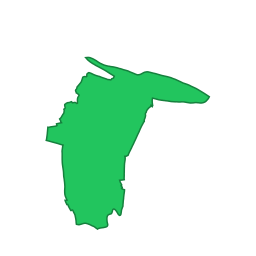 Tra On, Vĩnh Long, Vietnam, rotated 156°
{"feature_id": "81297802B90328181900706", "entity_name": "Tra On", "entity_type": "district", "adm_level": 2, "iso_a3": "VNM", "parent_name": "Vietnam", "parent_adm1": "Vĩnh Long", "projection": "natural_earth1", "projection_center": [106.002, 9.988], "detail": "fine", "context": "isolated", "style": "filled", "palette": "green", "viewbox_px": 256, "rotation_deg": 156, "n_neighbors": 0, "source": "geoboundaries", "source_scale": "gbopen_adm2", "svg_char_len": 5800}
<svg xmlns="http://www.w3.org/2000/svg" viewBox="0 0 256 256"><g transform="rotate(156 128 128)"><path d="M41.0,123.5L44.0,128.2L45.5,130.4L48.7,135.0L49.9,136.6L53.6,140.8L54.5,142.0L56.1,143.7L59.7,147.0L60.3,147.8L62.0,149.8L65.1,153.3L66.8,154.9L68.3,156.5L71.2,158.9L75.7,162.2L80.9,166.6L82.7,167.9L85.2,169.9L86.8,171.1L87.8,171.6L89.3,172.0L90.3,172.2L91.5,172.2L93.8,172.0L94.9,172.0L96.3,172.2L97.9,172.8L99.3,174.2L100.4,175.4L103.9,179.0L104.1,179.4L105.1,180.4L106.9,181.9L108.3,183.0L110.7,185.2L111.5,185.7L113.5,187.5L116.3,189.6L119.2,191.4L119.8,191.9L121.0,192.6L122.4,193.7L123.5,194.6L124.4,195.4L125.3,196.4L126.4,197.7L126.9,198.2L127.7,199.3L128.8,201.0L129.7,202.5L131.7,205.2L132.6,206.2L134.2,207.8L135.7,208.7L138.0,209.5L137.1,206.6L135.8,204.0L134.0,201.1L133.4,200.4L132.0,198.3L129.9,195.7L125.9,190.5L124.2,188.0L122.4,185.2L120.5,182.5L119.5,180.9L120.4,180.1L120.8,179.6L121.1,179.5L121.3,179.5L121.8,179.5L122.2,179.6L122.7,179.6L122.9,179.6L123.1,179.5L123.5,179.1L123.9,179.0L124.5,179.1L125.4,179.8L126.8,180.5L127.4,181.1L127.7,181.5L128.8,182.5L131.4,184.9L132.1,185.6L133.1,186.7L134.2,187.5L135.1,188.3L135.9,189.0L137.5,190.6L139.5,193.0L140.9,194.3L141.6,194.6L142.3,194.4L142.9,194.3L143.2,194.2L143.6,193.9L144.1,193.2L144.5,192.2L144.7,191.9L144.9,191.8L145.4,191.9L146.2,192.4L146.9,192.7L147.4,192.8L148.3,192.8L148.6,192.8L148.9,192.5L150.1,191.1L151.9,189.2L153.1,188.5L156.7,186.7L157.5,186.4L157.9,186.1L158.7,185.0L159.0,184.7L159.5,184.4L160.2,184.1L160.5,183.8L160.7,183.5L160.8,182.9L160.7,182.3L160.9,181.4L161.0,181.2L160.8,180.9L160.4,180.4L159.9,179.4L159.6,178.8L159.4,178.4L159.4,178.0L159.4,177.8L159.6,177.6L160.5,177.0L161.6,176.1L162.2,175.3L162.7,174.4L163.7,172.0L164.0,171.5L164.1,171.2L164.6,171.2L164.9,171.3L165.4,172.2L165.6,172.6L166.0,172.9L166.4,173.1L167.1,173.2L167.4,173.3L167.6,173.4L168.3,173.5L168.5,173.7L168.7,173.9L168.7,174.3L168.8,174.8L169.0,175.1L170.7,175.1L171.3,175.2L172.9,175.7L173.5,175.7L174.4,175.7L174.9,175.4L175.2,175.4L175.6,175.4L176.0,175.3L176.3,175.1L176.4,174.9L176.6,174.5L176.9,173.3L177.1,172.3L177.3,171.8L177.6,171.6L177.8,171.4L178.1,171.4L178.7,171.4L178.9,171.2L179.0,171.1L179.1,170.1L179.2,169.8L180.0,168.6L180.4,167.9L180.9,167.5L182.1,166.8L183.5,165.8L184.7,164.9L185.4,164.5L186.4,164.2L186.8,164.1L186.6,161.7L186.8,161.4L186.9,161.2L186.6,159.9L191.6,160.9L191.9,159.5L191.9,159.1L193.4,159.1L193.6,159.2L197.9,160.4L199.3,160.7L199.9,160.8L200.6,161.1L200.9,161.3L202.9,157.7L203.7,156.3L204.0,155.7L206.2,152.1L207.6,149.9L208.3,150.4L206.0,148.6L203.0,146.1L198.8,142.7L196.0,140.2L194.3,138.8L194.9,138.2L195.9,136.6L197.2,134.5L197.7,133.6L198.1,132.5L198.4,131.7L200.9,126.1L202.0,123.4L202.5,122.0L202.9,120.7L204.4,115.3L204.9,113.8L206.2,110.5L206.4,109.9L207.1,107.2L207.6,105.7L207.9,104.6L208.8,102.0L209.5,100.1L209.9,99.3L210.9,97.4L211.3,96.6L212.1,94.7L212.7,92.9L212.9,91.8L213.0,91.2L213.0,89.8L213.1,88.5L213.0,86.9L214.3,87.2L214.9,87.5L215.0,86.5L215.0,84.9L215.0,83.0L215.0,82.9L214.8,82.8L214.2,82.7L214.1,81.4L214.2,81.2L214.2,80.5L214.1,78.8L213.8,75.8L213.7,75.7L212.5,75.8L212.3,75.8L212.1,75.6L212.0,75.4L211.9,75.3L211.9,73.3L211.8,71.5L211.8,69.9L211.9,69.7L212.1,68.7L212.7,66.1L213.2,64.3L213.9,62.5L214.3,61.0L212.4,59.7L211.9,59.5L210.7,59.3L209.1,59.1L207.6,58.9L206.3,58.6L206.0,58.5L205.3,58.1L203.8,56.9L202.6,55.7L202.0,55.1L200.6,53.3L199.4,52.1L198.8,51.3L197.7,49.2L197.3,48.6L196.9,48.0L196.4,48.2L195.7,48.2L194.8,48.1L193.2,47.7L190.9,47.0L188.8,46.6L187.7,46.5L187.3,46.6L186.8,46.8L186.4,47.1L186.0,47.6L185.9,47.8L185.7,48.3L185.4,50.0L185.2,50.9L184.6,52.7L183.9,54.3L183.4,55.1L183.0,55.6L182.5,56.1L181.9,56.5L181.1,56.7L180.6,56.7L179.9,56.7L178.6,56.5L178.3,56.5L177.9,56.6L177.2,57.1L176.4,58.0L175.8,58.8L175.4,59.3L174.9,59.7L174.5,59.8L174.1,59.8L173.8,59.7L173.5,59.4L173.2,59.0L172.7,57.9L172.3,55.9L172.0,53.1L171.6,52.1L171.4,51.7L171.1,51.5L170.9,51.5L170.5,51.5L170.3,51.5L169.7,52.0L169.4,52.3L168.9,53.1L168.1,54.3L167.8,54.9L167.1,55.9L165.2,57.9L164.7,58.3L164.3,58.9L163.8,60.0L163.0,61.4L162.0,63.3L160.8,65.2L160.2,66.4L158.6,69.1L156.9,71.8L156.3,73.0L156.5,73.2L157.5,74.1L158.0,74.6L158.2,75.0L158.3,75.5L158.0,75.5L157.8,75.6L157.6,75.7L157.4,76.0L157.4,76.4L157.8,77.9L157.8,78.1L157.6,78.2L157.1,78.3L156.9,78.5L156.9,78.9L157.0,79.8L157.1,82.0L156.9,83.7L154.9,83.0L154.3,82.8L152.4,82.3L152.3,82.6L152.3,83.0L152.2,83.2L151.9,83.9L151.6,84.5L150.7,86.3L149.9,88.2L149.5,88.9L147.8,92.6L146.8,94.6L146.5,95.3L146.0,96.2L145.6,97.0L144.5,98.7L144.1,99.3L143.8,99.8L143.1,101.0L142.7,102.0L142.5,102.7L142.4,103.4L142.0,103.2L141.7,103.1L141.4,103.0L139.4,103.0L139.1,103.0L138.4,103.7L136.8,105.2L135.2,106.5L134.4,107.1L133.7,107.8L133.2,108.1L131.7,109.5L129.1,111.6L128.3,112.4L125.8,114.5L121.9,118.0L119.4,120.1L117.3,122.1L114.6,124.4L113.4,125.3L111.4,126.9L110.9,127.2L110.7,127.2L110.5,127.3L110.3,127.6L110.1,128.2L110.0,128.6L109.0,129.7L108.4,130.2L107.5,131.4L107.0,132.0L106.8,132.6L106.4,133.8L106.2,134.1L105.8,134.5L105.4,134.7L104.8,135.1L104.5,135.6L104.1,136.0L103.6,136.5L102.9,136.8L101.9,137.4L101.0,137.8L100.3,138.0L98.6,138.4L98.5,138.5L97.7,139.4L97.5,138.8L97.2,137.7L96.5,138.3L96.2,138.6L96.2,139.0L95.4,141.7L94.8,143.0L94.7,143.4L94.2,144.2L93.5,145.3L92.6,144.7L91.9,144.1L90.6,143.1L88.8,141.6L87.8,140.9L86.0,139.7L85.4,139.4L84.9,139.0L83.6,138.3L82.7,137.7L80.8,136.6L79.0,135.4L78.0,134.7L74.0,132.6L73.2,132.3L71.0,131.1L69.9,130.6L68.4,130.1L66.7,129.3L64.8,128.1L64.0,127.5L62.9,126.8L60.9,125.5L59.4,124.9L57.8,124.3L57.0,124.1L55.5,123.6L54.7,123.1L53.0,122.2L51.9,121.5L51.1,121.1L49.7,120.7L48.6,120.5L47.8,120.5L47.0,120.5L46.4,120.6L45.7,120.8L43.9,121.6L43.0,122.0L42.1,122.6L41.0,123.5Z" fill="#22c55e" stroke="#15803d" stroke-width="1.5"/></g></svg>